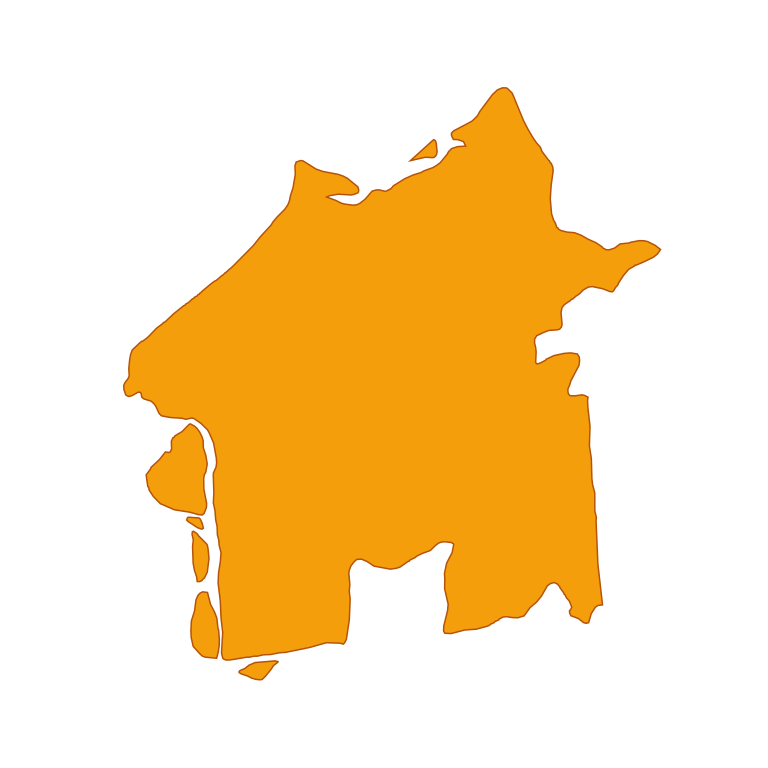 the district of Inhassunge, Zambezia, Mozambique, rotated 187°
{"feature_id": "85939544B84899286441367", "entity_name": "Inhassunge", "entity_type": "district", "adm_level": 2, "iso_a3": "MOZ", "parent_name": "Mozambique", "parent_adm1": "Zambezia", "projection": "albers", "projection_center": [36.814, -18.065], "detail": "fine", "context": "isolated", "style": "filled", "palette": "amber", "viewbox_px": 768, "rotation_deg": 187, "n_neighbors": 0, "source": "geoboundaries", "source_scale": "gbopen_adm2", "svg_char_len": 6143}
<svg xmlns="http://www.w3.org/2000/svg" viewBox="0 0 768 768"><g transform="rotate(187 384 384)"><path d="M233.4,564.4L235.7,567.4L238.4,573.3L241.5,587.9L242.3,601.1L242.1,616.4L243.0,620.0L245.0,623.5L245.9,623.9L247.1,625.8L248.1,626.3L255.7,634.3L257.5,637.9L262.1,642.0L266.3,646.8L272.3,654.6L277.6,662.4L292.1,688.2L297.5,692.4L298.7,692.8L302.5,692.4L307.1,689.9L311.7,684.4L322.0,666.4L323.9,661.7L327.0,657.6L329.0,655.4L345.9,643.6L347.6,641.2L347.3,638.9L345.0,635.2L340.3,635.5L335.4,634.5L334.5,634.1L331.9,630.1L340.1,628.5L345.6,625.9L348.3,622.4L349.3,619.7L355.1,610.6L358.7,607.1L362.1,604.6L370.2,600.5L373.1,598.4L380.6,595.0L388.4,590.3L398.8,581.9L400.7,578.9L405.1,575.8L406.4,575.4L412.3,576.1L415.5,575.6L419.3,574.0L425.2,565.2L430.1,560.3L432.8,558.6L436.5,557.7L444.8,557.8L448.4,558.3L454.4,560.4L463.7,562.6L460.9,564.3L452.6,566.8L439.8,567.6L437.2,568.4L433.3,570.5L432.7,571.6L432.8,573.8L434.0,576.5L445.4,583.7L450.0,585.4L455.1,586.5L470.5,587.5L477.5,589.0L491.6,595.6L494.2,595.6L498.2,593.6L499.0,589.9L497.6,581.3L498.2,567.9L499.8,559.5L500.1,554.8L501.2,550.3L503.7,545.4L510.1,537.2L513.8,531.6L515.5,527.9L524.8,514.9L530.7,505.3L549.1,481.5L552.5,478.0L552.9,477.0L553.9,476.5L554.4,475.3L555.4,474.9L556.9,472.7L557.9,472.1L563.4,466.1L564.5,465.6L567.9,462.4L576.3,453.4L576.8,452.4L577.7,451.9L578.2,450.7L579.5,450.1L580.0,448.9L583.0,446.7L583.4,445.7L584.6,445.1L587.9,441.1L590.6,439.1L591.2,437.9L592.4,437.3L601.4,428.0L609.2,418.6L610.4,418.2L611.1,416.9L616.5,411.7L623.9,401.9L628.4,397.3L629.7,396.9L631.5,395.0L638.0,387.1L639.1,382.4L639.4,377.4L639.2,368.3L637.9,361.0L638.6,358.4L641.4,353.5L642.1,350.8L641.5,346.9L639.0,341.7L636.4,340.6L635.0,340.7L632.4,341.9L627.4,345.7L626.0,346.1L624.8,345.9L623.9,345.0L622.8,341.4L621.6,340.6L620.4,339.9L613.1,338.6L609.7,336.2L607.6,333.8L603.7,327.4L601.3,325.5L600.0,325.2L591.8,324.7L580.2,325.4L576.3,324.8L570.6,326.9L568.3,326.5L560.6,322.4L553.6,317.0L551.6,314.3L546.0,304.8L541.4,290.0L540.5,285.4L540.6,281.0L542.4,275.2L542.4,273.1L539.6,255.1L538.9,245.3L536.3,237.6L534.5,228.7L532.3,222.3L531.0,214.0L528.9,208.7L528.0,203.9L525.2,196.7L524.8,187.4L525.2,176.6L524.4,166.2L520.1,148.9L517.2,131.7L513.8,117.7L512.5,97.2L510.6,92.2L509.5,91.4L507.3,90.8L502.9,91.4L487.0,96.1L484.4,96.4L479.8,98.0L476.6,98.4L470.8,100.5L463.9,101.6L455.3,104.4L448.8,105.7L425.3,113.6L409.7,120.2L396.3,121.4L392.6,120.9L391.5,122.4L390.2,126.0L389.7,146.1L391.4,166.6L393.2,173.9L393.5,181.0L395.9,192.1L395.8,194.8L394.6,199.7L391.6,204.4L389.6,206.6L384.9,207.4L379.3,205.8L371.7,202.0L355.3,201.0L349.5,202.5L345.7,204.3L338.4,210.9L337.3,211.3L336.8,212.4L331.9,215.6L330.2,217.4L325.5,220.4L317.7,224.4L313.4,229.8L310.5,232.7L308.2,233.9L304.8,234.8L298.2,234.9L295.7,234.0L295.3,232.8L295.8,225.1L300.0,213.8L300.9,203.3L299.9,198.0L298.9,188.3L293.5,173.3L293.3,166.7L295.2,151.0L294.8,146.2L293.4,144.1L287.2,144.4L273.8,149.7L262.5,151.9L252.4,156.0L250.0,157.2L249.3,158.3L245.5,160.7L245.1,161.6L241.4,163.8L241.0,164.7L237.4,167.2L233.9,168.0L228.1,167.8L222.6,168.3L216.6,171.0L211.8,179.8L206.1,186.0L202.0,192.4L197.2,203.7L194.5,206.2L190.9,207.7L186.8,206.3L186.4,205.4L185.0,204.5L184.6,203.3L180.1,198.5L179.6,197.3L178.6,196.8L176.9,194.1L173.6,191.1L170.5,185.5L171.2,182.8L172.3,181.6L171.8,179.3L170.3,176.8L162.5,174.9L156.8,171.5L154.4,171.1L151.8,172.0L150.3,181.3L147.0,188.2L144.6,190.3L140.2,191.4L149.8,231.5L156.9,274.3L156.9,277.3L159.3,283.8L161.5,301.5L164.6,309.3L166.1,315.2L169.1,335.2L172.6,347.7L174.4,367.3L178.9,386.0L180.0,392.8L179.9,395.8L183.4,397.1L186.1,397.4L193.1,395.5L197.7,395.0L199.8,396.7L200.6,399.1L200.8,401.8L199.6,405.6L198.9,409.9L192.7,426.4L192.7,431.1L193.5,434.5L195.8,437.4L202.7,437.6L209.1,436.3L218.8,432.9L226.1,428.3L226.5,427.3L231.6,423.8L234.0,422.7L235.2,422.8L236.1,424.0L236.9,434.3L238.0,439.0L239.5,442.9L240.0,446.8L238.4,450.5L232.4,454.3L227.1,457.2L218.5,458.9L216.3,459.9L214.8,462.3L214.5,464.7L217.0,476.5L216.6,481.6L214.6,484.8L209.0,489.7L208.2,491.0L206.9,491.4L204.4,494.4L201.0,497.3L197.6,501.7L193.0,505.1L189.0,506.1L178.5,505.2L171.1,503.3L168.7,503.3L167.5,504.4L165.9,508.1L164.1,510.5L163.3,513.2L159.6,520.8L155.1,527.7L149.6,531.8L149.2,532.7L148.2,532.7L140.0,537.5L131.7,543.0L128.4,546.4L125.9,551.2L131.8,554.7L139.7,557.5L143.3,557.9L148.5,557.3L156.4,554.8L157.7,553.9L166.8,551.8L171.7,547.0L176.9,544.6L179.6,544.3L183.8,545.9L184.2,546.7L190.9,550.1L199.1,552.6L206.5,555.7L213.4,557.4L220.9,557.1L227.2,557.9L229.7,559.0L230.4,560.1L231.6,560.5L233.4,564.4ZM561.3,233.1L552.0,231.7L548.4,231.9L546.8,233.7L545.2,239.7L545.5,243.9L550.0,257.8L551.4,268.0L551.3,271.7L550.1,275.1L549.7,283.1L552.1,291.3L555.5,298.6L556.6,305.8L558.2,309.4L561.3,314.1L564.5,317.4L567.0,319.1L571.2,320.8L572.4,320.3L578.6,312.2L585.2,307.1L585.6,305.8L586.9,305.0L588.1,301.3L586.9,293.6L587.9,290.6L589.1,289.8L592.7,289.9L597.8,281.5L605.1,272.8L605.2,271.6L609.0,264.8L606.0,253.6L604.9,252.4L604.2,250.1L599.4,244.4L591.5,238.0L576.7,233.6L561.3,233.1ZM528.4,91.1L516.7,91.4L515.8,98.3L515.7,104.3L516.3,110.4L518.2,119.7L519.0,121.2L521.4,131.3L524.4,137.0L529.3,144.1L533.8,155.6L538.7,155.6L541.1,154.0L542.9,151.5L544.3,146.8L544.4,135.7L546.3,125.3L545.6,115.5L544.4,108.6L541.4,100.3L533.6,93.5L531.1,91.8L528.4,91.1ZM556.2,214.1L556.2,211.4L554.3,206.1L554.2,199.3L551.6,182.9L549.5,176.1L546.5,169.8L545.3,165.1L543.0,165.4L540.8,166.6L540.4,167.7L538.6,169.6L536.5,175.6L536.4,189.4L538.5,198.8L539.7,202.5L540.6,203.7L549.3,210.5L551.4,212.7L555.0,214.6L556.2,214.1ZM458.5,95.9L478.0,91.8L483.7,88.5L487.4,84.7L492.2,81.9L492.8,80.8L492.6,79.9L490.4,78.9L483.6,77.5L480.0,76.1L475.1,75.2L471.3,75.3L469.0,75.8L466.1,79.4L461.2,87.2L459.4,91.0L455.6,94.7L455.4,95.6L458.5,95.9ZM385.0,608.9L370.6,614.1L363.3,614.6L362.0,615.0L360.7,616.4L359.8,618.2L359.6,620.9L361.5,629.4L362.7,631.8L364.4,632.6L365.3,631.7L385.0,608.9ZM561.4,228.0L562.7,227.5L563.3,224.9L561.1,223.3L551.4,218.6L547.8,217.8L546.6,217.9L545.7,218.9L547.5,223.6L549.9,227.5L551.4,228.5L561.4,228.0Z" fill="#f59e0b" stroke="#b45309" stroke-width="1.5"/></g></svg>